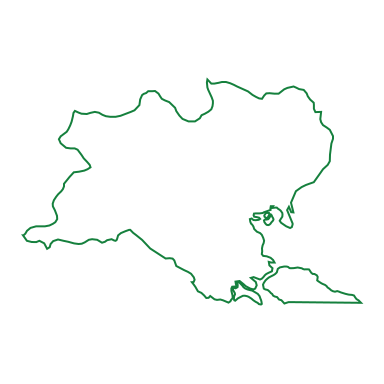 the district of Kalabakan, Sabah, Malaysia
{"feature_id": "92858781B64999201183352", "entity_name": "Kalabakan", "entity_type": "district", "adm_level": 2, "iso_a3": "MYS", "parent_name": "Malaysia", "parent_adm1": "Sabah", "projection": "orthographic", "projection_center": [117.507, 4.476], "detail": "fine", "context": "isolated", "style": "outline", "palette": "green", "viewbox_px": 384, "rotation_deg": 0, "n_neighbors": 0, "source": "geoboundaries", "source_scale": "gbopen_adm2", "svg_char_len": 5497}
<svg xmlns="http://www.w3.org/2000/svg" viewBox="0 0 384 384"><path d="M23.0,235.3L26.9,240.8L31.7,242.0L36.2,242.1L39.4,240.8L44.2,243.3L47.1,248.8L49.7,247.2L50.6,244.0L53.2,241.1L58.0,239.5L60.6,240.1L63.5,240.8L68.3,241.8L74.1,243.4L78.6,244.0L81.8,243.7L84.7,242.4L88.8,239.8L92.1,239.2L97.2,239.8L102.0,242.7L104.9,241.8L107.1,240.2L111.6,239.2L114.2,240.5L115.5,240.8L116.5,240.2L117.1,238.9L118.1,235.4L120.9,233.1L125.4,231.2L129.0,229.9L130.3,229.9L133.1,232.8L136.0,235.0L142.1,239.9L150.2,248.5L165.6,258.5L169.7,258.2L172.6,258.6L174.3,260.4L175.1,262.7L176.3,266.0L184.1,270.1L188.0,271.9L191.1,273.8L193.8,277.3L194.6,279.8L193.6,282.0L191.9,282.2L193.4,284.1L195.4,286.9L197.9,291.3L201.4,292.9L204.1,295.4L206.3,298.0L208.6,297.8L210.2,296.0L214.5,299.3L217.0,299.9L220.3,299.5L223.0,300.3L228.5,302.6L230.4,301.3L231.2,299.7L232.6,298.3L232.6,295.8L231.4,290.9L231.4,288.4L232.2,286.7L235.5,286.5L236.5,285.7L235.9,284.1L235.5,281.6L239.6,281.0L243.7,284.3L245.6,286.1L248.0,287.4L250.3,288.6L253.4,289.4L255.2,288.6L256.7,285.3L255.8,282.0L250.9,277.9L253.6,277.1L256.7,278.3L260.0,279.5L261.8,278.7L263.4,277.1L264.9,275.2L266.3,274.0L268.6,272.8L271.9,271.3L272.5,268.2L269.4,265.4L268.8,261.9L271.0,262.5L274.5,262.5L273.1,260.0L270.6,257.8L266.7,256.3L263.2,255.9L261.8,254.1L262.2,251.4L262.0,248.3L262.6,245.4L263.6,243.2L264.1,240.7L263.2,237.8L261.8,234.8L260.1,233.1L256.9,231.7L254.2,229.0L253.4,226.5L252.1,224.5L251.1,223.7L250.3,221.8L249.9,219.1L251.7,218.5L253.4,220.0L255.6,220.2L258.7,219.8L260.1,218.9L259.1,217.7L256.7,217.1L254.2,216.7L253.6,215.2L254.0,213.6L255.8,213.4L258.1,213.4L259.5,213.4L262.8,213.0L263.6,212.4L270.6,209.9L270.4,208.5L270.8,206.2L273.1,206.2L271.9,208.0L275.3,207.6L276.8,207.6L278.2,208.9L279.5,209.7L280.7,210.7L282.3,213.0L282.5,214.6L282.3,216.7L280.7,219.1L279.7,220.8L281.1,222.8L283.0,224.1L286.2,226.3L290.1,228.0L291.8,227.1L292.6,224.5L292.6,223.5L287.1,210.1L288.9,206.8L291.2,212.2L293.4,212.4L291.0,202.7L295.9,191.2L301.6,187.1L305.9,185.0L309.2,183.8L313.8,182.2L320.7,172.5L323.0,169.2L327.7,164.9L329.8,161.2L330.0,154.6L331.4,143.5L332.9,139.1L333.0,138.6L333.0,136.1L329.8,129.8L326.7,127.5L323.0,125.1L321.1,122.2L320.3,119.1L321.1,111.9L315.4,112.1L313.9,108.8L313.9,104.9L313.7,102.7L310.2,99.6L307.8,96.3L306.7,93.4L303.7,89.9L299.1,89.1L296.3,87.7L293.6,86.5L287.4,87.9L284.2,89.3L278.6,93.7L274.7,93.7L269.6,93.2L266.3,93.4L264.2,95.5L262.0,98.8L259.1,98.4L256.0,96.9L252.5,94.9L248.0,91.4L244.9,90.0L237.1,86.5L233.8,84.8L230.1,83.2L226.0,82.0L221.9,82.0L218.7,82.8L214.3,83.6L211.3,83.6L207.4,79.5L206.9,82.4L207.4,87.5L208.2,89.8L210.0,93.7L211.7,97.4L212.9,100.8L212.9,103.3L212.5,106.2L211.3,109.3L208.4,111.7L204.7,113.8L201.6,115.2L199.8,118.3L195.0,121.4L188.5,121.4L182.5,118.9L179.4,115.6L176.3,111.1L175.1,107.8L169.2,102.1L164.9,100.4L161.8,98.8L160.1,96.3L158.5,93.6L155.0,91.0L152.3,91.2L148.2,91.2L146.2,93.0L143.7,93.9L142.1,95.1L140.2,99.4L139.4,105.1L134.5,110.3L130.8,111.9L120.5,115.8L115.6,116.8L110.2,116.8L105.9,116.2L102.4,114.8L98.9,112.7L94.8,111.9L90.3,112.9L86.8,114.0L81.5,113.7L78.8,112.7L74.9,110.9L73.5,112.9L72.9,116.4L71.6,121.7L70.2,125.4L68.3,129.3L66.7,131.8L60.7,136.3L58.9,139.2L60.7,143.3L66.1,147.8L70.6,148.4L74.7,148.4L77.6,149.7L81.7,155.2L83.7,158.3L87.2,162.0L89.7,164.9L90.5,167.3L87.6,169.2L84.3,170.6L79.0,171.7L73.8,172.3L69.5,177.0L64.0,183.8L64.0,186.4L62.9,189.1L61.3,191.2L58.2,194.2L56.2,196.7L53.9,200.2L52.7,203.7L52.9,206.4L54.9,210.3L57.0,215.8L57.2,219.1L55.3,222.2L52.9,223.8L49.4,225.5L45.1,226.3L38.9,226.3L36.2,226.3L30.5,227.9L27.0,230.8L25.3,233.7L23.5,235.3L23.0,235.3ZM289.5,268.1L289.0,267.7L288.2,267.0L286.9,266.6L285.6,266.5L284.3,266.5L279.9,267.4L277.8,268.9L276.8,272.4L275.2,274.0L273.5,275.1L271.3,276.2L269.0,277.4L267.1,278.9L265.5,280.4L263.8,282.9L263.0,284.7L263.8,288.6L265.2,289.4L267.7,290.0L269.6,291.6L270.9,293.1L272.2,294.0L273.1,295.6L274.7,296.5L277.1,297.1L279.0,299.5L280.3,299.9L281.4,300.2L284.4,303.5L288.6,302.1L361.0,302.8L358.6,300.4L356.5,299.1L355.2,297.4L354.0,295.5L352.0,294.9L348.6,294.6L345.3,293.8L340.8,292.4L338.9,291.6L337.2,291.1L335.0,291.7L332.9,291.2L331.2,290.3L329.4,288.7L327.5,287.4L326.6,286.1L325.0,284.9L322.8,284.0L321.4,283.3L318.2,281.2L317.2,280.4L317.4,279.0L317.7,276.9L316.8,275.3L314.5,274.0L312.6,273.9L311.2,272.7L309.1,269.5L307.9,269.3L306.2,269.3L304.3,269.4L303.0,269.0L301.8,268.3L297.7,267.5L293.9,268.1L291.8,268.2L290.6,268.2L289.5,268.1ZM243.5,287.2L242.5,285.8L241.3,284.5L239.6,282.8L238.4,282.0L237.2,282.8L237.6,284.3L237.7,285.7L237.5,287.2L235.6,288.3L234.4,287.9L233.5,288.1L233.0,288.9L233.3,290.4L234.2,292.0L234.8,293.1L235.0,294.4L234.3,295.8L234.0,297.1L233.9,298.7L234.3,300.3L235.2,300.7L238.0,298.3L240.5,297.0L242.9,295.8L244.8,295.7L247.1,296.2L248.6,296.8L251.4,298.6L253.4,300.3L255.6,301.8L257.7,302.9L258.9,304.1L261.0,304.5L261.8,303.9L261.5,301.9L261.1,300.2L260.3,298.3L259.6,296.2L257.8,293.9L256.0,292.8L253.8,291.5L252.2,290.6L250.4,290.2L247.6,289.5L245.2,288.5L243.5,287.2ZM273.5,219.3L273.0,218.0L272.4,217.1L271.6,215.2L271.0,214.6L270.2,216.3L269.7,217.2L269.1,218.2L268.2,219.2L267.2,219.4L266.1,219.6L265.2,219.4L264.0,220.4L264.4,222.1L265.6,223.8L266.6,224.8L268.1,225.1L269.4,224.7L270.6,223.6L271.2,222.6L272.3,221.4L273.1,220.5L273.5,219.3ZM267.8,217.3L268.4,216.3L269.4,214.2L269.0,213.0L266.1,212.9L264.8,214.6L264.3,215.6L264.5,216.7L265.7,217.6L266.4,218.4L267.8,217.3Z" fill="none" stroke="#15803d" stroke-width="2"/></svg>